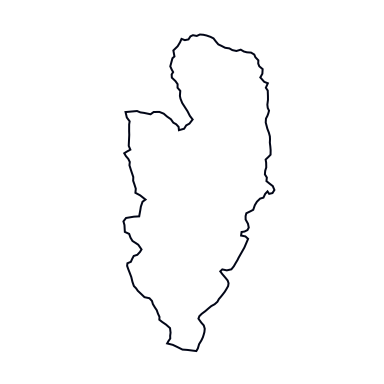 Joanópolis, São Paulo, Brazil (Natural Earth projection), rotated 281°
{"feature_id": "56859067B24440388490831", "entity_name": "Joanópolis", "entity_type": "district", "adm_level": 2, "iso_a3": "BRA", "parent_name": "Brazil", "parent_adm1": "São Paulo", "projection": "natural_earth1", "projection_center": [-46.213, -22.935], "detail": "fine", "context": "isolated", "style": "outline", "palette": "ink", "viewbox_px": 384, "rotation_deg": 281, "n_neighbors": 0, "source": "geoboundaries", "source_scale": "gbopen_adm2", "svg_char_len": 2877}
<svg xmlns="http://www.w3.org/2000/svg" viewBox="0 0 384 384"><g transform="rotate(281 192 192)"><path d="M217.1,118.1L214.6,120.3L212.4,123.1L209.6,125.2L206.3,125.5L201.3,128.2L195.5,131.5L191.8,132.1L188.7,133.9L184.5,136.2L180.4,136.6L178.8,141.8L175.7,147.8L173.0,145.3L167.9,144.6L164.9,144.7L158.0,144.8L156.7,139.7L153.9,132.2L150.1,130.3L146.7,132.0L140.0,133.7L138.9,138.3L135.5,140.3L132.6,142.9L130.0,149.3L126.0,153.4L123.3,152.4L119.9,150.3L118.1,147.0L114.8,146.0L111.8,145.3L109.7,142.2L107.1,142.4L104.2,144.1L101.2,146.0L97.0,148.6L92.4,150.7L88.6,152.9L86.7,155.6L84.7,157.6L82.3,161.4L79.7,165.4L79.6,170.5L77.4,173.5L74.5,175.0L71.6,177.6L69.3,179.9L66.1,181.8L63.2,183.9L60.4,184.3L58.7,187.6L56.9,191.8L54.2,196.4L49.8,197.8L46.7,198.0L44.0,198.6L41.1,197.3L38.6,196.5L38.3,202.3L37.0,207.3L35.5,212.7L36.1,217.6L36.4,222.3L36.7,226.6L39.6,227.6L44.0,228.0L48.0,229.5L51.5,230.4L54.2,230.7L56.9,230.9L60.2,230.6L63.3,229.0L65.5,226.1L68.9,222.5L71.5,222.9L74.3,224.8L77.7,227.9L80.9,230.4L83.7,232.7L86.1,235.6L89.1,237.9L92.0,238.8L94.8,240.4L97.5,241.8L100.3,243.2L103.5,244.4L106.5,245.4L109.4,245.3L111.9,243.9L114.1,241.3L117.2,237.4L119.5,234.9L121.8,236.5L121.7,241.1L123.6,245.4L127.0,247.2L130.8,248.5L133.8,249.6L136.4,250.3L147.4,254.0L156.7,256.0L158.6,252.9L158.6,248.5L162.2,248.3L163.2,251.1L165.2,253.7L167.9,254.5L171.5,253.0L175.2,249.9L178.6,249.2L181.5,249.4L184.2,253.0L186.2,255.5L191.1,256.2L194.9,257.6L198.5,260.1L200.1,263.2L204.1,264.2L207.0,266.0L204.9,268.1L206.3,271.2L209.7,272.5L213.2,270.2L215.0,266.6L216.9,263.0L220.5,262.7L223.2,260.2L226.8,259.8L230.3,260.2L234.9,259.2L237.9,258.1L241.4,260.6L243.6,262.0L248.1,261.2L251.6,260.2L255.3,259.0L258.7,258.5L261.5,257.8L264.8,256.2L268.5,253.9L274.3,251.1L278.2,250.6L281.2,251.5L283.7,251.9L286.5,252.1L289.0,250.3L292.1,249.3L296.9,249.0L300.4,248.3L306.0,247.0L308.4,244.6L313.2,245.7L313.9,241.9L317.5,237.2L321.5,238.5L326.1,237.9L328.2,234.1L330.7,232.5L333.9,232.0L336.4,228.5L338.8,226.9L340.1,223.4L339.6,219.2L339.8,216.1L341.0,212.7L338.9,208.7L339.0,204.5L340.1,201.3L339.9,197.0L341.1,192.9L341.9,189.7L344.3,186.7L346.9,183.8L347.8,180.6L348.4,176.4L348.5,173.1L348.1,169.7L346.1,166.9L346.1,163.0L344.5,160.8L341.1,159.4L339.7,156.0L340.3,152.5L336.7,151.7L332.3,150.1L327.4,146.7L321.7,148.9L319.6,147.3L311.2,146.7L308.2,148.8L306.1,150.6L303.5,149.6L300.4,150.4L297.7,154.6L295.1,157.3L291.6,157.9L289.0,161.2L284.0,161.8L281.4,162.9L277.5,165.4L270.4,172.2L266.3,175.4L263.3,178.8L258.6,176.4L256.3,173.6L252.6,172.2L250.2,167.4L253.4,166.4L255.5,163.5L256.5,160.4L259.4,157.4L261.3,153.1L263.5,149.3L264.4,144.7L263.2,139.1L260.4,136.5L260.5,129.8L260.3,126.1L261.0,122.6L257.8,111.5L252.7,113.8L249.5,117.3L246.4,117.4L239.6,118.7L236.1,119.5L225.2,121.1L221.8,123.4L219.1,120.2L217.1,118.1Z" fill="none" stroke="#020617" stroke-width="2"/></g></svg>